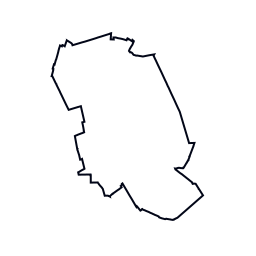 the district of Alphen aan den Rijn, Zuid-Holland, Netherlands, rotated 75°
{"feature_id": "6326949B35182149476625", "entity_name": "Alphen aan den Rijn", "entity_type": "district", "adm_level": 2, "iso_a3": "NLD", "parent_name": "Netherlands", "parent_adm1": "Zuid-Holland", "projection": "robinson", "projection_center": [4.634, 52.113], "detail": "fine", "context": "isolated", "style": "outline", "palette": "ink", "viewbox_px": 256, "rotation_deg": 75, "n_neighbors": 0, "source": "geoboundaries", "source_scale": "gbopen_adm2", "svg_char_len": 5043}
<svg xmlns="http://www.w3.org/2000/svg" viewBox="0 0 256 256"><g transform="rotate(75 128 128)"><path d="M141.0,182.2L146.2,182.4L146.2,182.1L146.2,181.8L146.2,181.6L146.2,181.4L146.2,181.1L146.0,180.4L155.1,180.6L156.1,180.6L156.2,180.9L156.4,181.4L156.4,181.6L156.5,181.8L156.5,182.1L156.5,182.3L156.7,183.0L157.1,184.5L157.3,185.2L157.6,186.2L157.7,186.5L157.9,187.6L160.3,187.7L160.8,185.8L163.2,176.3L163.9,176.5L164.0,176.2L171.1,178.1L172.6,172.1L173.0,170.6L173.1,171.1L173.5,171.1L173.9,170.9L175.1,170.5L175.7,170.2L176.3,170.0L177.1,169.5L177.4,169.4L177.9,169.1L178.5,168.8L179.1,168.5L179.4,168.5L180.1,168.2L180.3,168.1L187.4,168.0L187.5,167.4L187.6,167.1L187.8,166.4L187.9,165.9L188.2,164.9L188.3,164.7L188.5,164.5L188.7,164.4L188.9,163.9L189.3,163.5L189.5,163.3L189.3,163.3L188.9,162.6L188.3,161.5L187.8,160.4L187.8,160.2L187.7,159.9L187.5,160.0L187.4,159.8L187.1,158.7L186.9,158.1L186.7,157.7L186.6,157.2L186.4,156.9L186.3,156.5L186.1,156.1L186.0,155.7L185.6,154.7L185.2,153.6L185.1,153.2L185.0,152.8L184.8,152.3L184.5,151.9L184.4,151.4L183.6,149.5L182.3,149.8L182.1,149.9L181.8,149.2L180.9,148.6L180.6,148.4L180.4,148.4L180.1,147.7L188.7,145.3L193.5,144.0L197.5,142.8L205.6,140.6L206.5,140.3L205.9,139.7L206.9,139.2L211.0,137.4L210.9,136.9L210.8,136.7L210.5,136.1L210.1,135.7L209.9,135.3L209.9,135.2L210.4,135.0L210.6,134.8L211.1,134.2L211.4,133.7L212.3,132.5L212.4,132.4L212.6,132.2L213.3,131.3L214.1,130.2L214.9,129.2L215.6,128.5L216.5,127.3L216.8,126.9L217.2,126.5L218.5,124.9L218.9,124.5L219.9,123.1L221.2,121.5L221.3,121.4L221.5,121.2L222.0,121.2L222.4,121.0L222.5,120.9L222.8,120.4L224.0,118.7L224.5,117.8L225.0,116.9L225.5,116.1L225.7,115.4L225.7,115.2L225.6,114.9L225.5,114.7L225.6,114.4L226.0,113.7L226.8,111.9L227.0,111.5L227.3,110.8L227.3,110.7L227.6,110.3L228.0,109.3L228.2,109.0L228.4,108.2L228.4,107.8L228.4,107.7L228.2,107.7L228.0,106.0L227.9,106.0L227.8,105.6L227.5,103.5L222.8,93.9L216.7,81.5L213.8,75.6L212.5,73.0L205.5,75.2L205.5,75.3L205.4,75.4L205.2,75.5L205.0,75.4L204.8,75.4L204.6,75.5L199.4,77.1L198.9,78.2L198.7,80.0L197.2,80.3L197.1,80.2L196.8,80.4L196.5,80.6L194.5,82.1L193.2,83.0L191.5,84.3L190.4,85.1L190.1,85.3L189.5,85.8L188.8,86.3L186.9,87.7L186.2,88.2L186.1,88.4L186.0,88.5L185.6,88.8L185.3,89.1L183.2,90.7L182.1,91.5L181.8,91.7L180.3,92.9L179.3,93.0L179.6,92.3L179.6,92.1L179.6,91.3L179.5,90.6L179.6,90.1L179.5,89.8L179.6,89.2L179.9,88.4L180.1,87.9L180.4,87.4L180.7,86.4L181.1,85.4L181.1,85.2L180.8,85.0L180.7,84.9L180.9,84.7L180.2,83.9L175.9,79.5L175.8,79.4L175.7,79.3L175.8,79.3L175.7,79.2L175.3,78.7L174.5,78.0L174.4,77.8L174.4,77.7L173.9,77.6L171.6,75.9L171.4,76.1L170.5,75.3L163.7,70.4L162.5,69.5L162.4,69.5L159.6,67.7L158.4,72.9L125.8,73.8L125.2,73.9L124.6,74.0L123.6,74.2L121.4,74.6L117.9,75.2L112.4,76.1L105.3,77.4L105.2,77.4L102.8,77.8L99.1,78.4L98.1,78.7L97.2,78.8L95.5,79.1L95.0,79.1L94.6,79.2L93.5,79.4L90.9,79.9L89.7,80.1L82.7,81.3L74.7,82.8L69.5,83.7L68.2,84.0L66.3,84.3L64.8,84.6L64.7,84.5L63.7,83.6L63.4,86.6L63.2,88.9L62.9,93.6L62.8,95.0L62.7,95.4L62.0,96.8L61.8,97.3L61.6,97.9L61.4,98.2L61.0,99.0L60.8,99.6L60.4,100.3L60.3,100.8L60.3,101.1L60.1,101.5L60.0,101.8L59.7,102.1L59.4,102.6L59.1,103.2L59.0,103.4L58.7,103.7L58.6,103.8L58.3,103.9L58.1,104.0L57.8,104.1L57.5,104.2L56.6,104.6L56.2,104.9L55.9,105.3L55.6,105.8L55.6,106.0L55.5,106.3L55.4,106.3L55.2,106.2L55.1,106.4L54.8,106.7L53.8,107.1L52.6,106.2L52.2,105.9L52.0,105.7L50.5,104.2L49.4,103.0L49.0,102.5L48.9,102.4L48.2,101.8L46.8,100.8L46.4,100.4L45.6,99.9L44.4,100.7L44.1,100.9L44.8,101.4L45.2,101.7L44.3,102.5L43.9,102.8L43.6,103.1L42.0,104.5L41.7,104.8L42.0,104.9L41.8,105.1L41.7,105.2L41.5,105.6L42.3,106.2L42.6,106.4L42.9,106.7L42.3,107.6L41.3,109.2L40.7,110.2L39.8,111.9L38.5,114.7L38.3,115.0L37.4,116.4L36.8,118.6L38.8,118.9L37.9,121.8L37.5,121.7L37.2,121.5L36.4,121.3L35.4,120.9L35.0,120.8L34.5,120.6L33.6,120.4L33.4,120.3L32.9,120.1L32.7,120.1L32.4,119.9L32.1,119.8L32.1,120.5L32.2,121.3L32.3,121.5L32.4,124.0L32.7,130.7L32.8,134.0L32.9,134.8L33.0,136.9L33.0,137.0L33.1,139.3L33.4,147.3L33.4,147.5L33.4,150.3L33.6,156.7L33.7,160.2L32.9,160.2L32.4,160.3L32.1,160.4L31.9,160.5L31.6,160.6L31.4,160.8L31.1,161.0L27.9,164.0L28.0,164.0L27.6,164.5L32.7,168.0L31.1,169.5L30.9,169.9L31.7,170.5L32.0,170.7L30.7,172.3L31.7,172.9L32.6,173.4L33.0,173.8L33.4,174.0L33.7,174.2L34.5,174.6L34.9,174.9L35.5,175.2L36.1,175.5L36.5,175.7L39.1,177.2L43.3,179.7L43.5,180.0L43.8,180.2L47.7,182.5L47.3,183.0L51.2,185.4L51.7,184.8L52.6,185.3L52.9,185.3L53.0,185.4L53.2,185.5L54.0,185.9L58.1,188.3L58.3,187.7L65.7,186.3L66.9,186.0L67.2,185.8L67.4,185.9L67.7,185.9L74.2,184.6L75.0,184.4L76.1,184.3L77.5,184.0L88.7,181.9L95.1,180.6L95.0,177.5L94.7,167.9L110.7,168.5L110.7,169.7L110.7,170.7L115.6,171.0L119.8,171.4L119.8,171.5L120.8,171.5L121.1,173.6L121.1,174.6L121.2,174.9L121.2,175.0L121.2,175.5L121.3,175.8L121.3,176.3L121.4,177.1L121.5,178.2L121.6,178.5L121.8,180.4L121.9,180.9L121.9,181.0L122.0,181.4L135.5,182.5L135.5,182.4L135.7,182.5L140.0,182.3L140.3,182.3L141.0,182.2Z" fill="none" stroke="#020617" stroke-width="2"/></g></svg>